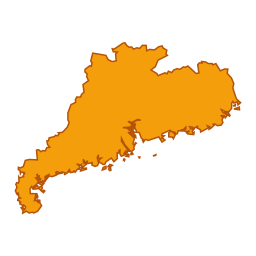 the Province of Guangdong
{"feature_id": "CHN-1180", "entity_name": "Guangdong", "entity_type": "Province", "adm_level": 1, "iso_a3": "CHN", "parent_name": "China", "parent_adm1": "", "projection": "albers", "projection_center": [112.97, 22.878], "detail": "fine", "context": "isolated", "style": "filled", "palette": "amber", "viewbox_px": 256, "rotation_deg": 0, "n_neighbors": 0, "source": "natural_earth", "source_scale": "10m", "svg_char_len": 5849}
<svg xmlns="http://www.w3.org/2000/svg" viewBox="0 0 256 256"><path d="M158.8,136.9L148.2,140.4L145.4,139.4L143.3,142.2L142.5,140.3L143.4,140.0L141.2,137.9L139.2,132.5L136.1,132.3L136.2,130.4L135.0,128.1L134.7,129.5L134.8,127.6L134.3,128.1L135.6,123.4L134.4,127.1L135.0,123.4L133.8,126.5L134.0,123.8L132.8,124.9L132.6,122.4L137.2,120.2L140.8,120.2L137.5,119.4L131.8,122.5L129.0,121.4L128.5,121.8L131.6,123.8L131.0,127.0L122.9,127.6L127.0,128.1L131.3,131.8L129.7,133.0L127.9,132.1L134.5,138.3L133.0,142.8L133.3,144.6L134.9,144.9L133.8,147.2L134.2,149.2L131.1,151.9L124.9,144.9L121.5,138.3L121.4,141.2L128.6,151.2L125.7,151.0L124.1,153.2L124.0,155.2L121.3,156.2L119.9,153.8L119.9,149.9L119.1,150.3L118.3,153.1L117.2,152.9L117.3,158.6L113.9,161.7L111.3,158.1L105.9,161.9L104.8,164.3L103.0,164.4L99.3,162.0L98.8,160.2L101.3,158.1L98.2,158.4L98.5,154.7L97.2,157.6L98.6,163.4L97.4,165.6L95.1,166.4L91.9,165.0L92.3,162.0L91.7,163.0L87.3,163.5L86.7,162.8L87.7,160.7L85.5,162.6L83.2,159.3L83.6,162.9L86.4,164.2L82.4,167.4L81.6,167.3L82.7,166.7L81.5,166.1L81.5,164.4L80.6,165.2L76.7,163.9L79.2,165.8L79.8,167.4L78.8,168.4L80.0,169.3L77.7,169.1L75.2,172.1L73.8,170.4L74.2,171.9L70.6,172.6L69.3,169.6L68.6,170.8L69.4,171.9L67.2,171.6L68.4,172.1L64.2,174.9L65.3,173.0L62.0,171.9L61.0,172.5L63.0,172.9L58.8,173.8L60.1,172.9L57.0,171.5L55.8,172.4L56.6,173.3L55.6,174.6L57.5,173.4L58.3,173.8L55.9,175.3L52.2,176.6L49.1,176.1L45.5,180.5L46.4,177.6L45.3,178.5L45.2,176.9L48.8,175.5L48.9,174.5L45.1,176.5L45.1,181.4L43.2,180.9L43.6,181.6L40.4,181.8L38.8,182.6L38.7,179.5L40.3,180.0L40.6,179.1L39.3,178.8L40.6,177.9L39.0,178.8L39.1,175.9L38.0,176.2L37.1,175.0L37.7,174.1L36.8,174.6L37.7,178.1L35.8,177.9L38.2,181.1L37.9,183.1L32.3,187.8L31.6,186.4L30.0,188.9L30.3,193.6L36.8,193.7L37.9,196.9L37.1,198.1L36.3,197.4L35.9,194.5L34.6,199.9L35.4,199.2L35.0,200.5L36.5,200.3L37.8,202.2L39.9,202.9L41.6,205.8L37.6,211.3L33.7,213.0L32.4,212.2L29.1,213.0L26.4,211.2L22.7,213.2L23.1,210.4L21.1,207.7L22.4,207.0L24.7,209.6L25.6,206.9L24.3,205.5L23.6,206.0L23.3,204.5L22.8,206.5L22.2,205.0L20.0,204.1L20.8,201.6L19.9,202.9L19.4,200.9L17.7,200.4L17.9,199.0L21.3,197.7L19.0,198.4L18.3,193.1L17.4,193.1L17.6,194.6L16.6,193.5L17.0,194.6L15.4,190.7L17.0,187.3L15.8,184.3L16.8,182.6L18.3,183.1L19.0,181.4L18.8,176.9L19.4,177.8L23.6,176.7L23.1,175.8L24.5,173.7L23.7,173.4L24.3,172.5L21.2,172.0L20.4,173.6L20.0,170.4L18.3,169.6L18.4,167.3L20.3,167.9L23.4,166.5L25.3,160.4L29.4,159.5L37.4,159.9L36.5,150.1L38.6,149.7L40.9,151.7L42.6,150.6L45.3,150.9L46.8,147.6L49.8,147.3L47.5,144.5L46.9,140.9L48.4,140.8L49.2,137.8L54.4,136.6L55.4,135.3L57.6,135.8L59.2,133.7L58.3,132.8L62.5,132.3L67.3,127.2L69.2,122.3L67.9,120.0L67.9,112.9L71.0,104.6L75.6,102.4L75.4,99.7L76.7,97.0L80.6,97.1L81.5,94.4L84.0,92.1L83.0,84.6L88.5,80.6L86.7,76.7L87.2,74.0L84.9,71.9L85.1,69.3L89.8,65.7L91.3,66.4L92.0,62.6L90.7,61.2L92.8,53.1L105.9,55.4L108.1,59.6L112.2,61.6L116.2,60.8L115.6,54.0L117.4,52.1L113.3,51.8L112.3,48.8L114.0,49.2L122.9,43.2L125.0,42.8L127.0,45.8L128.9,47.1L131.9,47.1L133.3,49.1L136.9,47.8L139.6,48.4L142.5,45.3L146.2,45.4L146.7,50.8L149.6,49.4L154.5,49.9L158.6,46.8L162.1,45.9L163.2,48.1L166.8,50.1L166.0,54.0L167.4,55.4L158.1,60.1L155.3,66.7L151.0,70.0L156.8,73.5L158.1,75.6L165.0,72.8L167.0,73.8L168.4,71.2L171.7,72.6L173.6,70.1L176.9,68.7L180.0,69.3L183.3,66.9L185.3,67.3L187.9,66.0L196.0,73.5L198.9,73.0L197.7,64.7L199.3,62.9L202.1,62.9L201.6,61.5L205.8,62.0L208.0,63.5L212.2,63.6L212.8,64.8L215.9,63.6L220.3,70.8L224.5,69.0L227.8,69.1L227.2,73.3L231.4,77.9L233.8,83.7L232.8,88.0L236.4,98.9L240.6,102.7L238.0,104.9L237.5,101.7L234.0,103.1L232.9,101.4L231.7,103.3L231.6,108.4L228.9,111.7L225.5,111.6L221.4,109.7L223.0,112.7L228.2,112.5L230.0,115.4L229.4,116.2L227.0,114.1L225.8,114.0L227.3,115.2L225.3,117.9L224.2,115.4L221.2,115.7L221.7,116.7L224.0,116.4L222.0,119.7L222.9,122.6L221.0,125.2L217.5,125.7L214.8,124.1L212.5,124.0L214.6,124.8L210.6,128.5L209.1,129.2L209.9,126.9L207.4,125.8L208.5,127.8L200.6,132.0L200.4,129.7L196.8,127.8L198.1,125.9L193.1,128.7L192.3,128.3L192.7,127.3L188.5,126.4L190.8,127.1L190.3,128.8L193.1,129.2L194.6,128.3L192.2,131.4L193.0,133.1L194.1,132.4L193.7,134.6L187.6,133.9L186.5,132.6L189.1,131.6L188.7,130.8L187.3,131.6L183.4,130.9L185.9,128.8L185.8,127.1L183.7,129.4L181.5,129.8L181.8,131.0L178.3,130.7L177.3,133.6L176.0,134.2L174.7,132.1L172.3,131.9L175.4,134.6L173.4,138.8L172.4,137.1L168.8,136.9L168.7,132.9L171.0,131.0L169.9,130.2L162.1,133.8L161.7,135.8L164.2,135.8L161.4,138.5L162.8,138.3L165.0,140.0L162.0,142.1L158.8,136.9ZM42.3,187.7L41.3,190.9L39.1,188.6L33.1,189.2L33.1,187.8L34.4,187.6L34.0,186.7L35.1,187.0L35.9,186.5L34.4,186.3L37.5,185.7L38.4,187.5L41.7,186.2L42.3,187.7ZM109.9,164.4L112.4,165.3L110.5,166.5L110.9,170.3L109.5,170.6L108.6,169.0L109.8,167.0L107.9,166.7L109.9,164.4ZM130.8,127.7L134.4,132.4L133.3,132.4L128.4,127.8L130.8,127.7ZM81.4,168.4L86.4,168.1L86.4,169.2L80.6,171.0L81.4,168.4ZM44.5,182.7L42.2,185.5L38.4,183.0L42.2,182.2L42.6,183.8L44.5,182.7ZM132.9,132.9L135.6,135.6L135.8,137.4L130.8,133.6L132.9,132.9ZM233.9,109.0L239.3,107.1L239.5,109.8L233.9,109.0ZM105.9,166.3L106.0,168.7L102.3,170.0L103.2,167.4L105.9,166.3ZM129.0,154.5L128.8,156.8L125.9,156.2L128.1,154.1L129.0,154.5ZM127.5,151.9L126.0,154.5L125.0,154.6L124.7,153.1L127.5,151.9ZM43.7,190.2L44.8,191.0L43.5,192.7L42.2,191.5L43.7,190.2ZM130.8,153.8L132.2,152.8L133.0,154.0L131.1,154.7L130.8,153.8ZM124.9,159.4L124.4,160.9L123.4,160.2L124.0,158.8L124.9,159.4ZM39.8,200.3L39.9,201.9L39.3,202.2L38.1,200.0L39.8,200.3ZM132.4,125.8L133.1,127.4L132.9,128.4L131.8,127.1L132.4,125.8ZM235.4,104.6L235.2,105.9L233.7,105.9L233.6,105.6L235.4,104.6ZM135.3,142.7L136.3,143.2L135.2,144.2L134.9,143.5L135.3,142.7ZM155.8,154.6L155.7,155.4L152.9,156.0L155.8,154.6ZM139.8,156.9L139.6,158.0L139.1,157.8L138.7,157.0L139.8,156.9Z" fill="#f59e0b" stroke="#b45309" stroke-width="1.5"/></svg>